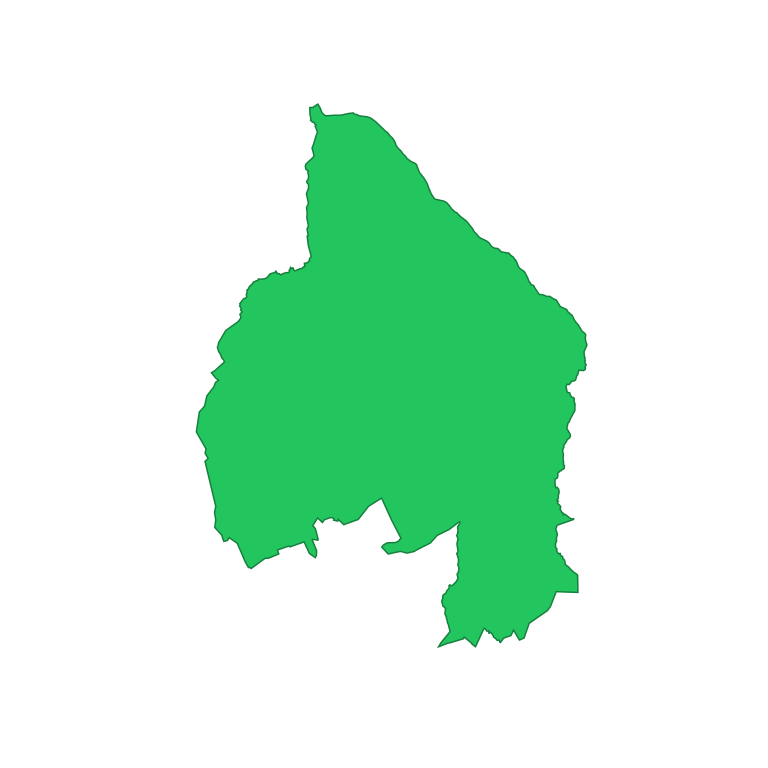 Mutare, Manicaland, Zimbabwe, rotated 161°
{"feature_id": "62879985B35185654442710", "entity_name": "Mutare", "entity_type": "district", "adm_level": 2, "iso_a3": "ZWE", "parent_name": "Zimbabwe", "parent_adm1": "Manicaland", "projection": "robinson", "projection_center": [32.311, -19.249], "detail": "fine", "context": "isolated", "style": "filled", "palette": "green", "viewbox_px": 768, "rotation_deg": 161, "n_neighbors": 0, "source": "geoboundaries", "source_scale": "gbopen_adm2", "svg_char_len": 6169}
<svg xmlns="http://www.w3.org/2000/svg" viewBox="0 0 768 768"><g transform="rotate(161 384 384)"><path d="M355.4,670.2L360.9,668.8L362.3,668.8L363.6,669.6L364.3,669.3L366.4,662.2L366.6,659.1L367.6,657.0L366.3,654.9L365.0,654.0L364.9,652.7L364.0,651.2L364.1,650.7L365.2,650.2L364.9,646.4L365.1,643.4L367.6,640.6L372.2,634.1L375.2,630.5L375.7,623.8L376.2,622.1L377.6,621.2L386.0,617.5L387.5,615.6L388.0,612.5L386.3,610.2L387.2,608.7L387.6,605.1L389.2,602.0L390.7,601.2L391.3,600.2L391.4,599.6L390.4,597.5L391.0,595.4L391.7,593.5L394.8,590.0L395.5,588.8L396.5,580.0L397.1,578.9L399.9,575.9L400.8,571.1L402.9,566.2L403.9,558.5L404.7,557.1L406.3,555.7L407.2,549.7L407.8,548.7L408.5,548.8L410.4,539.9L411.3,528.1L412.8,527.4L414.5,525.4L414.3,524.7L416.8,523.8L419.3,523.7L419.9,524.1L420.3,523.1L420.4,520.8L422.3,520.9L423.7,519.9L425.6,520.4L431.1,519.9L432.0,520.7L432.3,521.6L432.0,523.0L432.7,523.6L433.8,523.3L434.5,524.6L435.4,523.2L436.6,522.5L436.8,521.1L438.0,520.4L440.1,521.1L443.9,521.3L445.8,520.6L447.2,522.4L449.1,523.3L449.0,524.1L449.4,524.3L449.1,524.3L449.5,525.9L449.9,525.8L450.1,525.0L455.9,525.2L460.0,522.6L462.7,522.4L466.1,523.1L468.5,524.2L469.2,523.3L474.4,522.8L476.1,521.4L479.5,520.0L481.2,518.1L483.2,517.3L483.4,515.8L484.0,514.4L485.0,513.6L485.3,511.3L487.0,510.1L488.3,510.4L489.5,510.0L494.3,506.8L494.2,505.6L495.2,504.4L494.7,503.4L494.5,501.5L495.5,500.7L494.8,498.4L495.2,497.9L496.7,497.5L497.5,496.8L497.6,493.9L498.0,492.9L501.7,490.4L516.2,486.1L527.0,476.9L528.1,474.7L529.5,473.1L529.7,471.7L529.7,467.9L529.0,466.1L528.9,462.1L528.6,460.6L527.8,459.6L527.7,456.8L539.5,451.7L543.5,450.8L541.0,444.0L539.2,441.5L542.8,440.3L545.8,436.7L555.4,430.4L560.9,421.4L567.7,417.7L577.0,399.8L573.4,380.5L575.7,376.8L574.5,370.8L578.4,369.2L582.9,323.1L586.1,317.6L587.3,310.3L590.7,303.5L586.7,294.1L586.7,287.3L583.0,287.0L580.4,289.1L574.6,281.2L573.1,260.9L572.1,255.6L572.0,255.8L569.7,252.8L553.2,257.9L549.8,256.9L538.8,257.6L538.8,261.7L526.5,261.8L526.0,260.6L510.9,260.7L509.7,248.0L505.5,242.2L503.7,243.9L502.0,248.4L502.6,260.3L501.7,260.3L497.4,257.9L496.9,258.3L496.0,269.0L496.5,271.2L497.6,273.0L490.4,279.0L487.3,273.1L484.7,275.0L479.0,275.2L476.3,274.4L475.1,272.8L476.0,271.7L472.4,269.4L471.4,271.0L467.8,264.1L452.5,264.3L438.2,273.5L423.4,276.9L421.2,253.4L418.2,232.7L421.3,230.8L423.5,230.4L425.3,230.5L431.9,232.6L433.9,232.6L437.4,231.8L439.2,230.5L435.4,221.9L423.0,220.4L417.2,216.6L409.7,215.8L408.4,216.3L391.8,218.6L383.1,223.5L369.4,225.3L358.5,229.0L357.3,228.9L358.2,227.0L360.4,225.5L361.0,224.7L362.0,220.1L362.3,220.2L362.7,219.2L364.6,217.0L364.4,213.6L367.1,209.1L368.5,201.6L369.0,200.9L370.4,200.1L370.6,193.8L371.8,191.0L373.1,189.2L372.9,186.1L374.0,183.5L375.8,181.0L376.8,180.5L377.3,176.2L379.9,173.7L384.8,171.3L385.9,171.3L387.1,172.6L387.8,172.5L388.3,172.0L388.7,170.1L389.3,169.5L391.9,168.0L393.7,166.0L396.5,165.4L397.5,164.3L398.4,161.9L399.5,160.8L400.3,159.3L400.3,156.8L400.7,155.1L398.9,151.9L401.3,146.6L400.9,143.4L401.3,142.0L401.2,139.8L401.7,137.9L401.5,135.5L402.1,128.4L414.5,120.7L417.9,117.8L407.0,118.2L406.4,117.8L391.8,117.3L390.5,118.6L385.4,110.1L385.5,109.4L383.0,105.8L368.9,120.5L368.1,119.7L367.1,116.7L365.4,116.6L365.3,115.8L366.0,114.4L365.4,114.1L364.5,114.7L363.9,114.2L362.9,111.5L362.7,108.9L361.4,107.2L360.4,104.8L358.4,104.1L358.5,102.1L358.1,101.7L353.5,104.8L345.9,104.8L341.6,109.1L339.3,97.8L334.3,98.2L324.6,110.5L303.1,116.6L299.1,119.4L288.8,131.6L268.5,123.8L263.2,140.1L263.8,141.6L266.3,144.8L266.6,145.9L267.5,147.1L269.2,151.2L271.3,154.1L270.6,158.7L271.1,159.9L271.8,160.6L271.3,162.6L273.0,164.6L272.4,166.2L272.7,166.6L274.2,166.7L274.8,168.0L275.1,170.3L274.3,171.3L274.3,172.4L274.8,173.2L274.8,174.4L273.6,177.5L272.0,179.2L271.1,182.4L269.2,184.9L268.8,187.8L269.0,190.6L266.3,194.1L248.9,194.2L248.6,194.8L249.3,195.2L250.1,194.9L251.8,196.6L254.7,201.1L255.7,202.2L257.1,202.0L256.8,203.9L257.9,205.2L257.8,206.6L258.4,207.9L256.9,210.3L257.2,211.7L258.7,214.5L258.4,215.7L257.3,216.4L258.2,217.5L258.2,218.1L257.2,218.5L256.1,219.7L255.6,221.6L253.6,224.7L253.1,227.5L253.9,229.9L255.0,229.8L255.4,230.8L254.6,234.6L253.6,237.4L252.9,238.4L251.0,238.6L250.0,239.5L248.6,243.2L248.2,243.6L247.2,243.7L245.8,244.6L244.6,244.3L243.1,245.3L241.9,245.1L241.0,245.7L239.9,248.2L240.6,249.3L240.5,249.8L239.8,251.0L238.9,255.5L237.3,259.0L237.0,262.0L236.5,263.5L234.6,265.6L233.7,267.8L230.8,269.7L228.7,271.8L226.0,272.6L225.0,273.7L224.5,274.5L224.4,276.3L225.6,282.5L222.8,287.1L221.2,287.8L219.7,289.9L212.2,296.7L209.8,303.2L210.0,305.8L209.0,307.6L208.9,308.7L209.2,309.5L210.3,309.8L210.9,310.7L211.4,313.1L211.2,315.1L212.8,316.0L213.5,317.3L213.0,319.4L213.1,321.3L211.5,324.0L211.0,324.2L209.1,323.2L205.4,325.5L202.9,325.0L201.6,325.4L199.1,329.0L197.8,329.8L195.2,333.6L190.9,331.7L189.2,332.1L188.4,333.3L188.0,335.4L186.7,336.0L187.1,339.3L186.0,340.7L186.1,342.2L185.5,342.9L185.4,345.4L184.4,349.4L179.7,354.4L179.3,355.9L179.5,357.8L178.7,362.1L177.4,364.4L177.3,365.3L178.0,367.1L179.6,369.6L181.0,376.5L182.3,379.4L183.2,382.6L183.7,387.4L186.6,392.4L187.0,394.9L192.1,399.8L193.7,407.2L196.4,409.8L198.7,412.9L201.3,413.7L205.0,416.8L208.1,418.2L210.3,426.5L210.2,427.6L211.4,429.3L212.5,429.7L212.7,431.6L213.7,434.8L213.5,436.8L214.5,443.7L215.0,445.0L217.7,448.6L218.6,450.5L218.8,455.3L219.3,458.6L219.6,458.6L220.6,462.1L222.3,464.4L223.2,467.0L229.9,470.6L232.2,475.0L235.2,476.4L237.1,478.4L238.0,480.4L238.6,482.9L239.9,485.2L245.2,490.5L246.7,492.7L247.1,494.4L249.3,499.1L249.7,502.0L253.0,511.2L257.0,517.2L259.0,521.1L259.0,521.8L261.0,523.7L263.1,527.8L264.2,531.5L265.6,534.8L267.7,537.3L275.9,542.4L277.5,548.5L277.6,552.2L277.9,552.2L277.9,558.7L278.3,561.5L279.4,566.4L281.6,572.3L281.9,581.1L283.2,583.0L285.9,585.4L289.0,589.9L289.3,591.9L291.2,595.4L292.0,598.6L293.8,602.1L294.8,605.2L295.0,610.0L295.8,613.5L297.2,615.9L298.9,620.8L300.2,622.4L306.4,634.6L310.1,639.9L313.0,642.1L320.0,645.6L322.0,647.7L323.8,648.4L324.8,650.3L329.4,651.3L337.6,652.3L343.4,654.3L351.4,656.4L352.9,657.8L354.3,660.7L354.5,665.7L355.4,670.2Z" fill="#22c55e" stroke="#15803d" stroke-width="1.5"/></g></svg>